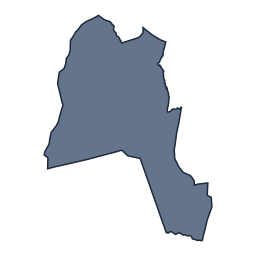 the district of Kimiti, Sila, Chad
{"feature_id": "50815135B66817745888418", "entity_name": "Kimiti", "entity_type": "district", "adm_level": 2, "iso_a3": "TCD", "parent_name": "Chad", "parent_adm1": "Sila", "projection": "equal_earth", "projection_center": [22.332, 11.896], "detail": "fine", "context": "isolated", "style": "filled", "palette": "slate", "viewbox_px": 256, "rotation_deg": 0, "n_neighbors": 0, "source": "geoboundaries", "source_scale": "gbopen_adm2", "svg_char_len": 4292}
<svg xmlns="http://www.w3.org/2000/svg" viewBox="0 0 256 256"><path d="M70.5,40.3L70.1,50.9L68.8,55.0L66.3,58.6L65.7,64.1L63.8,68.9L59.3,72.2L57.6,83.7L59.9,93.1L61.8,101.3L63.0,105.1L61.5,109.9L60.5,113.2L59.4,117.4L58.1,122.5L55.6,126.7L51.1,132.5L49.6,139.9L49.2,143.7L44.9,151.6L44.2,155.0L47.9,157.8L47.6,168.8L53.8,167.1L74.1,162.5L87.9,159.3L121.9,150.2L127.8,155.8L140.2,158.5L166.2,232.5L166.7,232.8L166.7,232.7L167.5,232.5L168.3,232.7L168.7,232.8L168.9,232.9L169.2,232.2L170.2,231.8L170.3,231.7L170.8,231.7L171.3,231.7L174.0,233.3L174.8,234.0L175.4,234.4L175.6,234.4L175.8,234.4L176.0,234.3L176.2,234.0L176.7,233.7L178.5,233.0L179.0,233.0L179.2,232.9L180.9,233.7L182.6,234.7L183.0,235.0L184.3,234.9L185.3,234.9L185.6,235.1L186.4,235.5L186.6,235.5L187.1,235.8L187.8,235.9L189.8,235.6L190.3,235.8L190.7,236.0L191.6,236.9L191.7,237.0L191.8,237.4L191.9,237.8L192.0,238.1L192.2,238.5L192.4,238.8L192.8,239.1L193.1,239.1L193.3,239.0L197.0,240.3L199.7,240.3L200.2,240.6L201.3,240.5L202.1,240.6L202.4,239.6L202.6,239.3L203.6,234.6L204.2,232.6L204.2,232.3L204.8,230.5L206.4,223.6L206.7,222.1L206.9,221.0L206.9,220.8L208.3,216.9L211.6,207.7L211.8,206.8L211.9,206.7L211.5,201.3L211.3,197.9L211.1,197.2L209.8,196.6L208.7,196.1L207.2,195.3L207.3,193.6L207.5,189.0L207.8,183.8L207.8,182.9L205.0,183.3L197.9,184.1L194.8,185.1L194.7,185.1L194.4,185.2L194.2,181.0L193.0,179.1L192.8,178.7L192.5,178.2L192.2,177.7L190.3,175.5L188.7,174.8L184.5,173.0L184.1,172.8L183.3,172.4L183.0,172.1L179.3,167.5L178.9,166.9L176.4,162.0L175.4,160.1L175.1,159.5L174.8,158.9L174.6,155.8L174.4,151.8L174.3,151.3L174.2,150.2L175.0,145.3L175.4,142.6L176.1,137.1L176.6,133.1L177.3,130.0L179.0,121.6L181.1,109.3L181.1,109.2L181.6,107.6L181.1,107.2L180.7,107.3L180.6,107.6L180.2,108.7L179.7,109.1L178.4,108.7L177.9,108.1L177.6,107.9L177.1,108.2L176.9,108.6L175.2,109.3L174.4,109.4L174.2,109.3L173.8,109.0L173.7,108.9L173.3,108.9L173.2,108.9L171.6,109.9L171.3,110.2L171.0,110.5L170.8,110.9L170.7,111.2L170.2,111.5L168.6,112.0L167.6,112.0L167.5,111.8L167.5,111.7L167.3,111.0L167.2,110.4L167.3,109.3L167.3,109.2L167.7,108.4L167.7,108.0L167.6,107.8L167.5,107.7L167.5,106.7L168.0,106.4L168.2,106.2L168.3,104.6L168.3,104.3L168.6,103.0L168.9,99.3L168.9,99.2L169.0,98.3L169.0,97.8L169.0,97.7L169.1,97.0L169.1,96.7L168.7,96.0L168.5,95.5L168.7,94.5L168.7,94.2L168.5,93.7L168.3,93.2L168.1,91.9L168.0,91.5L167.6,90.9L167.4,90.7L167.2,90.5L167.1,90.3L167.1,90.2L167.4,89.4L167.1,88.0L166.9,87.9L166.9,88.0L166.4,88.3L166.1,88.2L165.9,88.1L165.9,87.9L165.9,87.7L166.1,87.6L166.4,86.9L165.6,85.9L165.0,84.9L165.3,84.1L165.4,83.9L165.4,83.5L165.4,83.3L164.6,83.0L164.6,82.9L164.4,82.6L164.4,82.0L164.4,81.8L164.6,81.3L164.7,81.1L164.9,80.9L164.9,80.7L164.4,79.8L164.3,79.6L163.7,78.2L163.6,77.8L163.6,77.7L163.6,76.8L163.5,76.3L163.6,75.7L163.2,75.3L163.5,74.5L163.4,74.0L163.3,73.6L163.2,73.0L163.0,72.2L163.7,71.9L163.8,71.6L163.8,71.4L163.7,71.1L163.5,70.6L163.3,70.2L162.9,69.9L162.7,69.8L162.4,69.6L162.3,69.1L162.0,68.6L161.7,67.9L161.1,67.6L161.0,67.1L160.9,66.4L159.8,65.4L159.7,65.2L159.6,65.4L159.4,65.8L158.4,65.5L158.3,65.4L157.7,63.7L157.9,63.4L158.1,63.2L158.4,63.1L159.3,62.3L159.6,62.0L159.6,61.9L159.7,61.6L159.9,61.1L159.9,60.8L160.2,60.2L160.6,59.2L161.1,57.9L161.9,57.2L162.0,56.3L162.0,56.2L162.3,56.0L162.5,56.0L163.0,55.8L163.0,55.7L163.0,55.3L163.0,54.8L163.0,54.5L163.0,52.8L164.7,46.4L165.6,42.7L165.8,41.9L160.8,40.0L153.1,35.5L153.0,35.4L152.6,35.1L151.5,34.3L145.1,29.3L144.8,29.0L143.0,27.6L143.0,32.7L143.0,32.8L142.9,33.0L139.2,37.2L135.7,38.5L127.6,41.1L127.3,41.2L126.8,41.4L126.3,41.5L121.5,43.0L121.5,42.8L121.4,42.2L121.0,41.8L120.8,41.6L120.8,41.4L120.8,40.5L120.7,40.5L120.0,40.1L119.9,39.9L119.8,39.5L119.8,39.4L119.7,38.8L119.7,38.6L118.4,36.9L117.4,36.5L116.9,36.1L116.9,35.9L116.3,34.8L116.3,34.7L116.3,34.1L116.3,33.9L116.2,33.4L115.9,32.9L115.6,32.6L114.9,31.8L114.8,31.7L114.2,31.1L113.9,30.3L113.8,30.1L113.7,29.9L113.6,29.3L113.6,28.8L113.6,28.7L113.9,27.7L114.0,27.2L114.1,26.9L114.0,26.1L113.4,25.1L113.0,25.1L112.4,24.9L112.0,24.4L111.8,23.5L111.4,23.1L110.7,22.5L110.4,22.2L110.2,22.0L110.1,21.6L106.7,20.6L103.9,19.4L98.5,15.4L95.4,17.2L91.3,19.3L86.2,21.5L81.4,25.0L77.6,30.2L75.9,31.6L75.5,32.2L74.8,33.6L73.0,36.7L70.5,40.3Z" fill="#64748b" stroke="#1e293b" stroke-width="1.5"/></svg>